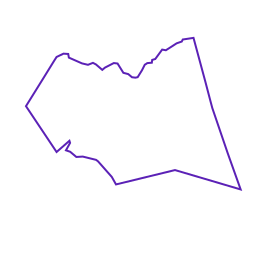 Montgomery, Texas, United States of America, rotated 165°
{"feature_id": "52423323B63190785401157", "entity_name": "Montgomery", "entity_type": "district", "adm_level": 2, "iso_a3": "USA", "parent_name": "United States of America", "parent_adm1": "Texas", "projection": "albers", "projection_center": [-95.471, 30.329], "detail": "fine", "context": "isolated", "style": "outline", "palette": "violet", "viewbox_px": 256, "rotation_deg": 165, "n_neighbors": 0, "source": "geoboundaries", "source_scale": "gbopen_adm2", "svg_char_len": 754}
<svg xmlns="http://www.w3.org/2000/svg" viewBox="0 0 256 256"><g transform="rotate(165 128 128)"><path d="M220.9,175.5L203.2,123.3L187.9,130.8L187.8,128.6L193.7,122.5L190.0,120.0L185.4,113.4L179.1,112.1L167.1,105.5L165.6,103.6L156.3,84.9L154.2,76.6L93.5,75.2L35.1,39.5L38.2,77.7L41.4,125.4L41.4,132.3L41.3,152.5L41.4,198.1L52.2,199.3L53.7,197.6L59.1,197.2L71.3,193.3L74.7,194.9L83.8,187.6L87.0,187.5L88.1,184.9L92.6,185.7L93.9,185.2L95.4,184.8L99.6,180.1L105.5,174.6L107.8,174.7L111.0,176.0L113.8,180.0L118.2,182.5L121.4,193.0L124.9,194.4L134.6,192.3L137.8,190.8L142.5,197.7L145.0,200.0L150.3,199.4L155.7,202.3L166.9,211.3L166.6,215.0L171.1,216.5L178.6,215.1L182.1,211.9L195.8,199.0L220.9,175.5Z" fill="none" stroke="#5b21b6" stroke-width="2"/></g></svg>